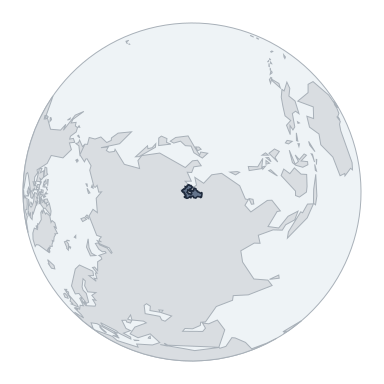 Hebei highlighted on a globe, orthographic projection, rotated 261°
{"feature_id": "CHN-1811", "entity_name": "Hebei", "entity_type": "Province", "adm_level": 1, "iso_a3": "CHN", "parent_name": "China", "parent_adm1": "", "projection": "orthographic", "projection_center": [116.359, 39.339], "detail": "fine", "context": "on_globe", "style": "filled", "palette": "slate", "viewbox_px": 384, "rotation_deg": 261, "n_neighbors": 0, "source": "natural_earth", "source_scale": "10m", "svg_char_len": 15478}
<svg xmlns="http://www.w3.org/2000/svg" viewBox="0 0 384 384"><g transform="rotate(261 192 192)"><circle cx="192" cy="192" r="169" fill="#eef3f6" stroke="#a8b0b8"/><path d="M337.5,273.9L337.3,274.6L337.1,274.8L337.5,273.9ZM308.0,69.1L308.6,69.7L304.4,67.6L290.6,60.0L290.5,58.7L287.2,57.4L287.0,59.2L287.7,60.8L276.1,62.1L273.7,71.9L278.6,78.0L273.1,74.7L286.2,88.7L288.5,97.8L282.4,85.8L279.1,83.4L278.9,88.4L275.5,87.1L273.5,89.0L269.4,87.0L266.1,80.7L263.4,79.4L263.5,83.2L259.4,84.0L259.7,78.6L252.7,79.5L245.9,69.9L250.1,58.7L242.9,53.4L238.1,42.4L235.1,42.5L231.4,39.0L226.5,37.9L227.0,36.6L222.7,37.0L223.2,38.5L221.5,39.3L218.6,38.9L218.8,37.0L220.2,36.9L218.8,36.1L220.1,35.4L217.8,35.6L218.3,33.5L213.7,35.1L210.6,33.1L212.0,31.9L217.3,32.6L233.8,33.0L236.9,32.7L236.0,31.2L222.8,26.8L224.0,26.5L221.7,25.7L218.5,25.3L219.2,25.9L212.8,25.4L214.5,26.6L212.1,26.7L211.6,28.1L205.8,27.4L200.5,26.1L200.6,25.1L198.2,24.6L193.4,25.5L189.0,23.9L178.1,23.8L177.6,23.7L183.9,23.2L196.3,23.1L208.6,23.9L220.8,25.5L232.9,28.1L244.8,31.5L256.4,35.8L267.6,40.9L278.5,46.8L288.8,53.5L298.7,61.0L308.0,69.1ZM351.7,153.3L350.4,150.6L351.2,150.4L351.7,153.3ZM349.5,150.3L350.0,150.9L349.6,150.7L349.5,150.3ZM349.2,151.0L349.4,150.5L349.3,151.4L349.2,151.0ZM348.9,152.3L349.0,151.5L348.9,152.3ZM348.0,153.4L347.7,153.6L347.6,152.5L348.0,153.4ZM288.6,61.8L287.4,59.5L288.8,58.5L290.2,60.6L288.6,61.8ZM285.4,64.5L283.9,62.7L287.7,63.7L287.4,64.4L285.4,64.5ZM282.9,82.9L282.5,80.2L284.0,83.3L282.9,82.9ZM273.9,89.6L275.1,90.8L273.5,91.3L273.9,89.6ZM214.8,28.5L213.3,28.3L214.1,28.1L214.8,28.5ZM216.1,29.3L218.2,29.3L219.2,29.7L217.8,29.7L216.1,29.3ZM265.8,88.9L263.0,89.5L265.3,87.8L265.8,88.9ZM213.2,29.4L220.5,30.5L222.1,31.3L218.3,32.1L213.2,29.4ZM260.9,89.1L254.0,90.9L256.0,93.7L246.3,87.1L255.4,87.5L258.0,84.9L258.5,87.6L260.9,89.1ZM224.6,39.1L223.9,37.5L227.1,39.3L224.6,39.1ZM227.0,40.1L239.1,45.0L238.7,47.5L234.7,45.2L236.2,49.0L230.0,47.7L227.8,45.4L229.3,43.9L225.8,44.6L227.0,40.1ZM242.1,83.4L239.9,83.0L241.6,82.2L242.1,83.4ZM221.0,39.7L223.5,40.4L223.3,42.5L218.2,41.6L219.9,41.2L221.0,39.7ZM239.6,50.7L238.5,52.3L233.2,51.7L232.1,52.3L229.8,47.9L239.6,50.7ZM218.6,40.5L215.7,41.2L213.2,39.9L218.6,39.3L218.6,40.5ZM225.3,43.5L225.0,44.5L223.5,43.6L225.3,43.5ZM202.9,36.3L205.9,36.7L206.0,37.9L202.9,36.3ZM214.8,41.5L215.7,41.9L216.0,42.5L213.7,42.7L214.8,41.5ZM226.2,47.9L224.2,47.4L226.9,49.6L223.0,49.4L222.2,46.6L220.9,47.8L219.7,47.8L220.4,45.6L226.2,47.9ZM212.5,44.7L210.1,41.4L204.5,40.2L204.3,39.1L213.3,41.3L212.5,44.7ZM217.1,45.3L214.2,44.6L215.3,43.5L218.0,43.3L217.1,45.3ZM220.7,50.4L226.9,51.4L226.8,52.0L220.7,50.4ZM210.7,44.5L211.3,45.3L210.1,44.5L210.7,44.5ZM217.4,48.8L219.5,49.0L219.5,49.6L217.4,48.8ZM210.7,46.8L209.9,45.7L211.7,45.5L210.7,46.8ZM213.6,47.9L212.9,48.8L212.8,46.1L214.6,47.9L213.6,47.9ZM216.9,49.4L217.6,49.8L216.0,49.2L216.9,49.4ZM204.4,48.6L203.8,45.2L207.8,44.6L207.8,47.9L204.4,48.6ZM75.8,69.4L76.1,69.2L70.7,74.9L63.5,88.0L61.6,91.0L57.0,94.8L47.2,114.4L50.5,113.6L47.1,129.0L48.3,136.6L58.4,128.6L56.5,115.9L61.6,108.7L67.5,114.4L69.9,126.4L72.0,124.0L75.0,112.7L80.2,112.1L76.5,108.6L74.6,112.5L72.2,110.7L73.9,107.1L75.7,106.8L76.2,102.7L67.6,105.4L64.7,109.6L63.3,102.2L58.3,108.7L56.3,108.6L64.0,97.7L66.8,95.5L77.2,81.3L74.1,82.8L64.1,96.5L65.2,93.8L61.0,96.5L65.0,92.4L76.8,77.6L78.6,71.9L72.9,73.0L75.7,69.7L81.6,64.1L91.8,57.1L84.5,65.3L88.0,63.6L96.3,57.5L93.4,60.7L95.9,59.4L93.8,62.7L97.7,63.8L96.6,67.0L104.6,64.5L105.2,66.0L100.3,66.9L96.3,69.5L94.4,78.4L95.9,79.3L101.3,77.1L100.1,80.1L105.6,76.9L107.7,81.4L109.7,73.4L116.1,71.3L120.9,72.7L123.4,70.8L115.5,68.6L112.0,69.1L108.5,71.7L99.3,72.7L98.6,70.4L109.5,64.4L109.6,60.8L118.1,58.3L134.2,64.7L137.5,69.4L129.3,81.7L124.8,81.7L125.5,77.1L118.8,83.4L122.2,81.9L121.2,84.6L127.1,83.8L126.7,85.7L133.0,81.9L133.1,84.1L129.1,86.5L137.9,87.9L139.9,92.5L142.1,92.0L143.9,90.1L145.3,97.6L146.8,96.9L147.0,94.1L150.1,91.0L156.3,88.5L156.4,91.3L154.2,92.5L149.8,99.5L144.0,102.7L144.6,103.6L149.8,101.5L155.2,92.9L158.8,90.8L156.9,94.8L157.9,93.2L159.8,93.0L161.8,95.4L164.1,91.1L184.5,86.6L190.4,91.5L186.4,95.3L200.8,96.4L206.3,102.7L206.4,99.9L213.4,99.3L211.8,97.3L212.4,96.0L229.5,94.4L233.7,96.4L241.2,93.6L241.2,92.3L238.6,90.5L246.3,87.1L256.0,93.7L255.4,96.2L261.9,99.0L259.5,104.5L260.6,110.6L254.2,115.5L255.6,120.3L258.0,120.9L261.7,128.2L260.9,141.7L251.0,128.0L250.0,109.0L249.5,116.3L246.4,113.9L244.3,116.3L244.2,121.7L246.2,122.7L229.9,129.5L223.4,143.9L231.5,143.5L235.8,148.1L235.5,166.2L217.2,189.2L222.7,197.3L222.5,202.4L216.5,205.2L216.6,197.8L211.3,194.7L212.3,190.4L202.8,193.0L203.7,186.9L195.8,192.4L198.0,197.5L206.0,197.1L198.8,204.9L205.9,214.1L205.8,224.2L190.7,240.1L176.7,243.6L175.7,246.5L170.6,242.2L163.1,247.0L171.9,265.1L171.4,269.6L159.5,276.3L159.4,273.0L146.0,261.7L142.9,272.0L153.0,283.1L156.5,293.7L148.4,289.1L145.0,279.4L140.2,275.2L141.9,266.1L138.9,250.7L130.7,251.2L131.8,245.5L126.3,231.0L114.9,231.0L96.4,239.5L93.1,253.2L87.1,256.5L81.6,231.5L83.2,216.5L78.7,215.1L75.1,198.1L61.6,185.0L62.0,180.2L58.9,179.3L56.8,171.2L58.3,163.7L55.9,160.9L52.6,180.8L55.4,184.0L60.9,181.9L59.2,187.9L61.6,197.0L50.7,202.8L34.4,194.2L36.7,183.1L44.5,144.1L46.4,141.9L46.6,141.5L46.9,140.8L43.6,143.8L46.3,136.8L38.0,161.2L34.9,169.9L34.2,194.5L33.3,195.0L34.2,201.3L41.9,208.6L41.1,211.8L35.1,221.3L27.8,226.4L31.0,242.1L34.3,252.7L30.3,240.9L27.1,228.8L24.8,216.6L23.5,204.2L23.0,191.8L23.5,179.3L24.9,166.9L27.2,154.7L30.4,142.7L34.5,130.9L39.4,119.5L45.2,108.4L51.7,97.8L59.0,87.8L67.1,78.2L75.8,69.4ZM68.6,145.2L72.7,152.5L77.7,142.7L79.7,144.8L80.7,140.9L78.1,142.0L81.5,131.9L85.7,133.0L88.8,129.6L87.5,127.0L79.2,126.7L74.2,140.8L70.4,142.0L68.6,145.2ZM179.6,23.5L177.8,23.7L178.6,23.6L179.6,23.5ZM111.9,50.6L108.9,52.6L106.4,53.0L107.9,50.1L111.5,49.3L111.9,50.6ZM105.4,55.5L115.8,51.0L115.4,53.1L113.8,52.6L112.5,54.4L109.7,54.2L99.0,60.9L96.2,61.8L100.3,55.2L100.6,56.7L103.4,54.5L105.4,55.5ZM143.3,39.7L147.8,38.8L141.0,44.2L137.5,44.5L138.7,41.3L143.5,39.0L143.3,39.7ZM205.0,31.1L207.2,31.1L207.1,31.5L205.3,31.9L205.0,31.1ZM204.3,36.4L195.5,31.9L197.5,31.5L189.9,29.8L192.3,28.3L197.2,29.4L193.4,27.2L198.7,27.6L195.5,26.3L206.0,28.9L210.7,29.5L204.6,29.4L202.2,30.6L202.6,31.3L207.1,34.0L216.0,36.4L215.1,38.3L212.1,39.1L209.8,38.8L211.1,37.6L207.1,38.2L207.3,36.1L204.3,36.4ZM177.5,52.4L179.9,50.2L172.0,52.7L172.1,50.0L171.2,50.5L169.1,48.8L165.0,47.7L165.9,46.4L163.9,46.6L162.5,45.6L160.1,45.4L160.8,43.3L157.9,43.0L159.8,42.2L154.6,42.3L158.8,41.3L157.4,40.2L154.1,41.8L163.6,32.4L164.4,30.0L162.8,28.6L170.2,27.6L176.4,28.4L181.0,30.6L179.2,33.4L182.8,32.7L183.0,33.9L180.1,33.9L184.8,34.6L184.2,35.6L188.3,38.8L195.5,39.5L197.1,40.8L194.0,41.1L197.9,42.3L193.1,43.9L194.2,44.9L190.6,47.8L184.0,48.0L185.7,49.3L183.1,51.7L177.5,52.4ZM203.2,49.3L195.2,49.8L191.3,48.7L199.2,44.3L198.8,43.1L203.7,40.6L209.2,42.4L207.3,42.9L206.8,43.8L205.3,42.9L206.0,44.3L203.4,45.1L203.3,46.6L200.7,46.3L203.2,49.3ZM62.9,91.2L62.1,93.1L61.6,95.3L59.0,97.3L62.9,91.2ZM70.8,81.1L70.5,82.2L66.5,85.6L67.4,83.9L70.8,81.1ZM73.8,80.0L70.8,81.9L72.9,79.9L73.8,80.0ZM100.4,67.9L100.6,69.1L99.3,69.9L97.6,70.0L100.4,67.9ZM153.9,60.8L156.0,59.4L156.9,59.7L162.8,58.2L163.2,60.3L159.7,62.0L153.9,60.8ZM56.2,128.2L53.8,128.0L54.5,125.9L55.2,126.3L56.2,128.2ZM54.9,111.7L53.6,116.7L54.2,112.2L54.9,111.7ZM155.4,62.9L157.8,62.0L156.5,63.6L155.4,62.9ZM163.8,61.8L162.8,63.6L163.9,60.4L163.8,61.8ZM40.4,266.6L37.8,260.4L39.7,262.7L39.7,259.9L43.2,268.5L47.8,280.1L40.4,266.6ZM199.6,319.2L204.8,319.8L204.6,320.3L199.6,319.2ZM194.1,317.2L200.1,317.5L193.1,318.3L194.1,317.2ZM202.4,317.7L208.4,316.7L211.1,315.7L210.6,316.9L202.4,317.7ZM190.1,317.0L168.5,314.7L160.0,312.0L161.9,310.2L175.6,312.6L190.1,317.0ZM161.3,310.1L148.4,301.7L131.5,279.0L137.6,281.0L155.4,296.3L154.2,298.0L162.0,304.2L161.3,310.1ZM192.6,302.5L191.4,308.0L179.4,306.5L174.0,305.0L170.2,297.3L172.3,293.7L176.7,294.4L194.3,282.6L200.3,286.2L194.8,291.5L199.8,296.9L192.6,302.5ZM93.6,254.9L96.4,264.7L93.2,264.6L93.6,254.9ZM201.7,273.2L194.4,278.9L201.1,271.1L201.7,273.2ZM205.8,265.5L206.1,268.7L203.4,265.5L205.8,265.5ZM175.2,251.1L170.5,251.2L170.6,248.8L176.6,247.3L175.2,251.1ZM205.7,232.6L205.1,239.8L204.0,242.1L202.1,237.7L205.7,232.6ZM162.0,82.1L153.3,81.6L147.3,83.2L144.3,87.0L144.8,81.7L154.1,79.2L162.0,82.1ZM181.7,85.7L184.3,82.8L185.7,84.4L185.3,85.3L181.7,85.7ZM181.5,83.6L179.9,79.4L183.0,78.1L183.7,81.6L181.5,83.6ZM167.3,70.4L164.7,70.0L165.8,68.6L167.3,70.4ZM252.7,349.5L252.9,348.7L259.6,346.2L256.4,348.0L252.7,349.5ZM229.2,348.5L196.0,354.7L188.8,354.0L190.6,352.3L184.0,345.6L186.4,345.8L184.9,340.8L204.5,336.6L218.5,326.6L229.4,326.5L237.7,318.2L248.9,317.3L245.5,323.6L257.1,325.1L265.2,310.7L272.0,322.2L280.2,323.5L282.1,328.8L266.3,342.2L257.5,346.4L256.0,346.4L252.3,348.1L246.7,349.4L243.9,347.8L240.2,349.4L243.9,346.7L238.6,349.5L235.8,348.3L229.2,348.5ZM309.3,304.6L310.9,304.0L313.2,304.0L310.7,305.4L309.3,304.6ZM333.5,280.1L334.0,280.2L332.4,282.0L333.5,280.1ZM337.1,274.8L335.3,277.2L337.5,273.9L337.1,274.8ZM318.0,292.8L318.8,293.0L318.1,293.7L318.0,292.8ZM317.4,293.0L318.4,291.2L318.2,292.4L317.4,293.0ZM310.0,290.5L311.0,289.3L311.5,289.6L310.0,290.5ZM212.6,319.8L219.8,315.6L223.8,315.1L212.6,319.8ZM308.7,289.7L306.2,290.8L306.5,289.9L308.7,289.7ZM308.8,287.8L308.6,286.9L310.1,288.6L308.8,287.8ZM304.1,287.6L307.1,288.2L303.8,288.0L304.1,287.6ZM302.3,288.7L300.1,288.7L300.3,288.3L302.3,288.7ZM277.4,298.8L285.7,302.9L279.0,304.8L271.6,302.7L265.8,308.0L252.6,309.9L255.6,306.9L253.8,303.4L240.2,303.7L237.5,301.4L242.3,299.2L233.3,298.0L243.2,295.8L247.2,300.7L252.7,295.8L262.4,295.2L271.7,295.0L279.3,296.9L277.4,298.8ZM243.2,307.4L244.9,307.2L243.4,308.9L243.2,307.4ZM296.0,287.6L299.1,288.8L298.8,289.6L297.2,289.8L296.0,287.6ZM281.0,295.5L289.1,288.8L291.0,288.3L285.6,294.8L281.0,295.5ZM287.1,286.6L290.9,286.0L292.9,287.8L292.1,288.7L287.1,286.6ZM223.2,304.2L222.8,305.7L220.2,304.7L223.2,304.2ZM226.4,303.2L234.1,304.3L225.7,304.5L226.4,303.2ZM203.3,298.3L205.5,301.9L212.5,299.7L207.2,303.0L212.0,308.7L210.4,310.8L205.6,304.6L203.9,310.9L200.8,310.7L199.1,305.3L202.2,298.6L205.3,295.8L218.1,294.6L203.3,298.3ZM226.4,298.9L224.4,294.8L225.9,291.9L228.1,294.0L226.4,298.9ZM218.4,284.6L213.1,279.4L208.2,281.4L218.2,274.1L221.6,280.2L218.4,284.6ZM214.1,273.1L209.5,274.9L214.3,270.6L214.1,273.1ZM208.3,273.1L207.9,269.4L211.5,270.0L208.3,273.1ZM216.4,273.3L217.4,266.9L219.2,270.7L216.4,273.3ZM206.6,260.9L214.2,267.2L204.2,264.4L204.2,251.8L208.4,251.6L206.6,260.9ZM232.8,207.7L231.9,203.9L235.9,202.8L235.3,205.8L232.8,207.7ZM248.0,196.9L236.6,201.3L227.4,205.2L230.1,206.9L227.8,213.6L223.9,207.5L230.5,200.0L237.5,198.3L238.8,192.7L244.0,188.6L243.2,181.6L245.6,178.5L248.4,184.4L248.0,196.9ZM242.6,178.7L243.1,166.3L250.5,167.6L252.0,170.5L248.7,175.6L245.0,174.6L242.6,178.7ZM245.4,163.8L241.9,162.9L235.2,145.1L235.6,141.7L244.6,155.3L241.7,155.2L242.0,159.6L245.4,163.8ZM240.5,84.5L240.0,83.1L241.7,84.2L240.5,84.5ZM211.3,94.9L212.4,93.3L214.3,94.4L211.3,94.9ZM216.4,89.6L213.5,89.5L216.6,88.5L216.4,89.6ZM206.8,89.5L212.2,88.9L207.1,91.1L206.8,89.5Z" fill="#d9dde1" stroke="#a8b0b8" stroke-width="1"/><path d="M194.7,194.1L194.8,194.1L195.1,194.8L195.4,195.1L195.3,195.4L195.2,195.5L194.8,195.8L194.5,196.4L194.2,196.4L193.5,196.4L193.0,196.4L192.9,196.5L192.7,196.8L192.5,197.1L192.2,197.5L192.1,197.4L192.0,197.2L191.8,197.3L191.7,197.5L191.8,197.7L191.7,197.8L191.3,197.8L191.1,197.9L191.1,198.1L190.9,198.3L190.8,198.7L190.6,198.9L190.6,199.1L190.4,199.3L190.3,199.5L189.9,199.6L189.6,200.1L189.4,200.4L189.6,200.8L189.7,201.0L189.9,201.2L189.9,201.4L189.6,201.6L189.3,201.3L189.2,201.3L188.9,201.4L188.8,201.5L188.6,201.6L188.4,201.4L188.1,201.4L187.9,201.4L187.7,201.4L187.4,201.2L187.2,201.1L186.9,201.1L186.6,201.0L186.5,200.8L186.4,200.7L186.2,200.7L185.9,200.8L185.7,200.7L185.3,200.3L185.3,200.1L185.1,199.8L185.2,199.7L185.5,199.5L185.6,199.3L185.7,199.2L185.9,199.2L185.9,198.9L185.9,198.7L186.1,198.2L186.2,197.9L186.6,197.4L186.7,197.1L186.7,196.9L186.6,196.6L186.5,196.4L186.3,196.1L186.0,195.4L185.9,195.4L185.8,195.2L185.5,195.1L185.4,194.8L185.5,194.6L185.5,194.3L185.7,194.0L185.8,193.9L186.0,193.7L186.0,193.1L186.2,192.9L186.3,192.7L186.7,192.6L186.9,192.7L187.2,192.7L187.3,192.5L187.5,192.5L187.5,192.4L187.6,192.1L187.7,191.8L187.8,191.5L187.9,191.4L187.7,191.2L187.6,190.5L187.5,190.4L187.2,190.4L186.8,190.2L186.7,190.0L186.5,189.9L186.7,189.6L186.8,189.7L186.9,189.4L187.7,189.1L187.8,189.1L187.7,188.9L187.4,188.9L187.3,188.5L187.3,188.4L187.2,188.2L187.1,187.8L187.0,187.7L186.9,187.6L186.8,187.4L186.7,187.2L186.4,186.7L186.5,186.8L186.5,186.6L186.7,186.3L186.6,186.2L186.6,185.8L186.8,185.5L187.1,185.4L187.3,184.6L187.5,184.4L187.7,184.2L187.8,184.2L187.9,183.9L188.0,183.8L188.1,183.7L188.5,183.7L188.7,183.9L188.9,184.3L188.9,184.6L188.7,184.7L188.8,184.9L188.7,185.3L189.2,185.3L189.5,185.4L189.6,185.2L189.8,185.3L189.8,185.2L189.7,185.1L189.8,185.0L190.3,184.8L191.0,184.3L191.3,184.7L191.5,184.5L191.8,184.3L192.0,184.1L192.2,184.3L192.4,184.3L192.5,184.4L193.0,184.2L193.1,183.8L193.2,183.7L193.0,183.2L193.6,182.7L193.9,182.7L194.2,182.8L194.3,182.8L194.4,182.5L194.5,182.3L194.7,182.5L195.1,182.3L195.1,182.5L195.6,183.0L195.7,183.3L195.6,183.5L195.8,183.6L195.8,183.8L195.9,184.0L196.0,184.0L196.1,183.9L196.2,184.1L196.3,184.2L196.2,184.4L196.3,184.5L196.2,184.8L196.1,184.7L195.9,184.9L196.1,185.3L196.3,185.3L196.3,185.7L196.4,185.8L196.4,186.0L196.5,186.1L197.2,186.0L197.4,185.9L197.6,186.0L198.2,186.1L198.4,186.1L198.3,186.3L198.2,186.5L197.9,186.8L197.7,186.8L197.9,187.0L197.7,187.2L197.6,187.4L197.6,187.5L198.0,188.0L198.3,187.9L198.3,188.1L198.5,188.3L199.2,188.3L199.3,188.5L199.2,188.8L199.4,189.1L199.4,189.3L199.6,189.3L199.6,189.6L199.8,189.8L199.7,190.1L199.2,190.2L199.2,190.3L199.2,190.5L198.8,190.7L198.8,190.8L198.6,191.1L198.5,191.3L198.6,191.2L198.5,191.3L198.6,191.2L198.6,191.4L198.6,191.5L198.7,191.8L198.4,191.9L198.1,192.4L197.8,192.5L197.9,192.4L198.0,192.3L197.8,192.4L197.7,192.3L197.6,192.5L197.2,192.5L196.9,192.5L197.0,192.6L196.5,192.9L196.3,192.8L196.1,192.4L195.8,192.3L195.8,192.0L195.7,191.9L195.5,191.7L195.5,191.4L195.4,191.3L195.2,191.3L194.9,191.3L194.9,191.1L194.7,190.8L194.6,190.5L194.6,190.4L194.6,190.2L194.9,190.1L195.2,190.1L195.1,189.9L194.9,189.8L194.8,189.7L194.7,189.5L194.5,189.4L194.2,189.3L194.1,189.2L194.0,188.7L193.9,188.6L194.0,188.4L194.4,188.3L194.4,188.2L194.5,188.1L194.1,188.1L193.8,188.0L193.6,188.1L193.3,187.9L192.7,187.3L192.6,187.0L192.3,187.2L192.2,187.4L192.2,187.7L192.2,187.8L191.9,187.9L191.7,187.8L191.5,188.1L191.3,188.3L191.2,188.3L190.9,188.2L190.6,188.4L190.6,188.5L191.0,189.0L190.9,189.4L190.8,189.6L190.2,189.8L190.0,190.0L189.9,190.1L190.1,190.3L190.1,190.5L189.9,190.7L189.9,190.8L190.0,191.1L190.4,191.2L190.5,191.4L190.6,191.5L190.7,191.4L191.0,191.3L191.6,191.3L191.8,191.5L192.1,191.7L192.4,191.3L192.5,191.2L193.0,191.2L193.0,191.6L193.1,192.0L193.1,192.4L193.1,192.5L193.3,192.6L193.2,192.7L192.8,193.0L192.7,193.3L192.8,193.6L193.0,193.7L193.1,193.8L193.6,193.9L193.6,194.1L194.0,194.2L194.1,194.3L194.7,194.1ZM194.0,189.8L193.8,190.2L193.8,190.3L194.0,190.5L193.9,190.6L193.8,191.1L193.7,191.2L193.2,191.0L193.2,190.9L193.3,190.7L193.2,190.5L193.0,190.4L192.9,190.2L193.1,189.9L193.4,189.9L193.6,189.9L194.0,189.8ZM197.2,192.7L197.2,192.8L197.1,193.0L196.9,193.2L196.9,192.8L197.0,192.8L197.2,192.7L197.2,192.7Z" fill="#64748b" stroke="#1e293b" stroke-width="1.5"/></g></svg>